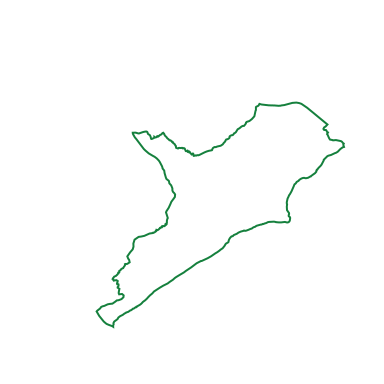 Xayabury, Xaignabouri, Laos (Equal Earth projection), rotated 52°
{"feature_id": "54806243B33263536107657", "entity_name": "Xayabury", "entity_type": "district", "adm_level": 2, "iso_a3": "LAO", "parent_name": "Laos", "parent_adm1": "Xaignabouri", "projection": "equal_earth", "projection_center": [101.662, 19.251], "detail": "fine", "context": "isolated", "style": "outline", "palette": "green", "viewbox_px": 384, "rotation_deg": 52, "n_neighbors": 0, "source": "geoboundaries", "source_scale": "gbopen_adm2", "svg_char_len": 6048}
<svg xmlns="http://www.w3.org/2000/svg" viewBox="0 0 384 384"><g transform="rotate(52 192 192)"><path d="M222.2,43.7L196.5,49.4L189.9,51.5L187.9,52.8L185.8,54.7L183.6,58.0L180.3,65.8L178.9,68.1L178.5,69.1L177.3,70.8L174.7,73.6L171.0,78.1L165.8,83.4L164.1,84.6L164.8,86.2L164.8,87.0L164.4,88.8L164.5,89.4L166.8,91.2L167.1,91.9L170.7,96.2L170.9,97.1L171.4,99.9L171.4,103.1L170.4,105.8L170.6,106.8L171.0,107.1L171.5,108.3L171.9,110.4L171.7,110.7L171.2,111.3L170.9,112.7L171.0,115.4L170.7,117.4L171.9,120.7L171.9,121.9L171.7,123.0L172.1,123.7L172.2,124.3L172.2,125.0L171.7,125.7L171.5,126.3L171.3,127.5L171.4,128.2L172.3,128.9L172.5,129.9L172.3,131.5L171.8,132.4L171.7,132.8L172.1,134.0L172.6,134.7L172.9,136.8L173.4,138.4L173.2,140.9L171.7,144.1L171.3,145.6L170.5,146.5L170.3,147.5L170.3,148.5L170.9,149.9L171.3,150.3L171.3,150.7L169.9,153.4L169.1,155.5L168.5,157.7L167.5,162.6L167.1,164.2L166.2,165.2L165.8,166.5L165.0,167.0L164.8,168.2L164.6,168.4L163.7,168.0L162.9,168.4L162.4,167.5L162.2,167.6L162.1,169.2L161.2,169.2L160.7,169.3L159.8,169.2L159.3,169.7L159.0,169.5L158.6,168.4L158.5,169.5L157.9,170.6L157.7,170.6L157.3,169.9L156.7,170.0L156.7,170.8L156.1,171.6L155.9,171.7L153.3,171.0L152.7,171.2L152.3,171.5L152.2,172.2L152.0,172.4L151.4,172.4L151.0,172.7L150.7,173.5L149.3,175.0L149.1,175.4L149.2,176.0L149.0,176.3L147.5,177.3L146.4,176.8L145.9,176.4L145.0,176.5L144.5,176.3L143.5,176.2L142.0,176.7L141.8,176.5L140.8,176.4L140.4,176.9L139.6,176.7L139.0,177.0L138.1,177.1L137.4,177.9L135.9,178.0L134.5,178.4L133.1,178.3L131.0,178.6L129.1,178.3L128.9,178.1L128.4,178.2L127.6,178.2L127.4,179.0L127.7,180.3L127.7,181.1L127.4,181.9L127.5,183.9L126.9,184.4L126.9,184.6L127.3,185.0L127.1,185.3L126.7,185.4L126.9,186.1L126.7,187.0L126.4,187.4L125.3,187.7L126.0,188.3L126.0,188.8L125.5,190.9L125.2,191.4L124.7,191.4L123.2,190.7L121.4,190.2L119.2,190.9L117.2,190.3L116.5,190.5L116.0,191.0L115.2,192.4L114.6,193.7L113.2,197.8L112.6,198.4L110.6,199.8L108.8,202.2L109.4,202.6L110.4,202.9L113.8,203.4L115.7,203.3L128.4,203.5L130.6,203.2L135.0,202.3L139.4,200.6L141.2,199.8L143.8,199.1L146.8,198.8L148.4,198.9L153.3,199.8L154.4,200.2L155.4,200.7L158.0,200.7L160.3,202.0L164.8,203.8L166.1,204.1L168.9,203.4L170.0,203.8L170.9,204.4L171.6,204.5L173.9,204.3L177.0,205.2L178.9,206.6L180.5,206.9L181.8,206.7L183.5,206.8L185.4,208.6L187.0,214.3L188.3,216.6L190.1,220.1L191.4,223.9L192.0,225.0L197.6,227.1L198.2,228.3L199.3,229.6L200.9,230.8L200.9,231.4L201.2,231.7L201.0,232.2L201.0,232.4L201.8,232.1L201.9,232.4L201.8,233.5L202.0,234.6L201.5,234.9L201.3,235.6L201.0,235.8L201.2,236.9L200.6,236.9L200.9,238.5L200.7,238.7L200.6,239.1L200.8,239.2L200.6,239.5L200.9,240.2L200.9,241.0L201.0,241.6L200.9,242.3L200.6,242.8L199.9,243.3L200.3,243.8L200.3,244.3L200.8,244.4L200.7,246.6L200.1,247.7L200.3,248.0L198.6,251.0L197.2,256.6L195.8,259.5L194.5,261.7L194.2,266.6L196.5,269.9L199.1,271.8L200.7,274.1L201.4,277.7L202.9,282.6L205.2,283.3L206.7,283.3L209.0,284.4L208.8,287.2L208.2,288.3L207.6,288.9L207.6,289.2L208.1,289.3L208.7,290.4L208.9,291.4L209.6,293.1L209.4,293.4L209.2,295.2L209.3,295.8L209.6,296.5L209.4,297.7L209.4,297.9L209.7,298.2L210.4,298.6L210.4,299.0L210.2,299.6L210.7,299.7L210.9,300.0L210.8,300.7L210.9,301.1L211.2,301.8L211.1,302.2L211.3,303.5L210.8,305.5L211.0,305.9L211.3,307.3L211.7,308.1L212.4,307.8L212.9,308.2L213.7,308.2L214.2,307.0L215.1,305.7L216.2,305.6L216.4,305.4L216.9,305.8L217.5,306.9L218.1,307.6L218.6,307.7L219.4,306.8L220.1,307.1L220.9,308.0L221.1,309.0L221.6,309.5L223.6,308.8L225.3,310.8L226.5,312.0L227.8,312.4L229.3,309.9L231.4,309.5L232.7,310.8L233.0,313.5L232.1,316.4L231.1,318.1L231.2,319.5L231.0,323.4L229.5,325.8L228.6,327.6L227.8,331.1L226.9,333.2L226.7,334.7L227.2,336.0L227.2,339.7L227.4,340.7L232.5,341.4L239.7,341.3L242.3,340.8L243.4,340.5L245.6,339.3L248.3,337.6L249.7,337.1L248.7,336.4L247.9,335.1L247.0,334.7L246.3,333.3L246.2,332.7L246.3,330.7L246.3,328.8L245.6,327.4L245.6,325.0L246.0,323.2L246.2,322.2L246.2,320.1L246.5,318.6L246.4,318.2L247.2,316.0L247.3,313.6L247.6,313.0L247.7,311.7L247.6,310.3L247.9,309.9L248.1,309.0L248.0,308.4L248.2,307.1L248.1,306.6L248.2,306.2L248.4,306.2L248.3,305.9L248.8,302.5L248.8,300.6L248.4,298.3L248.5,295.5L248.2,292.5L248.0,292.0L247.7,289.6L247.6,289.2L247.5,285.7L247.0,283.2L247.6,276.2L248.1,272.3L249.1,267.4L249.1,265.0L249.4,261.1L249.2,258.4L249.3,256.7L249.7,253.2L250.4,247.9L250.4,245.5L250.9,239.1L251.0,232.2L251.8,228.0L251.9,227.4L252.3,226.9L253.8,220.5L254.4,216.6L254.7,211.4L255.0,209.1L255.1,206.1L255.0,205.3L255.2,202.5L254.5,199.5L253.7,197.6L253.6,196.8L253.9,194.9L253.9,194.2L252.6,192.6L251.8,190.9L251.5,189.7L251.3,188.2L251.9,187.1L251.7,185.9L251.7,185.4L252.5,182.5L252.6,180.4L253.2,178.0L254.4,175.1L254.4,174.7L255.3,174.1L255.9,172.9L256.7,170.3L257.1,168.6L257.6,167.5L257.6,166.1L257.7,165.2L258.3,163.5L258.3,162.1L260.0,157.9L260.5,157.2L260.7,156.0L261.0,155.8L261.3,155.1L261.4,154.4L262.1,152.8L262.5,150.7L263.1,149.6L265.6,146.0L266.4,145.1L267.6,144.3L267.9,143.8L268.1,143.7L269.5,142.2L270.7,140.7L272.8,137.2L274.4,136.0L274.8,135.5L275.2,134.6L275.2,133.6L274.8,132.6L272.9,130.6L271.7,130.3L270.8,130.7L270.5,130.6L269.8,130.1L269.1,129.0L268.3,128.5L264.8,128.3L261.9,126.3L260.2,124.6L259.8,124.6L258.4,123.6L256.0,120.7L255.0,118.6L254.4,117.7L254.0,116.2L252.7,113.1L250.0,108.1L249.1,106.6L249.1,105.0L248.5,103.3L248.8,101.2L248.5,99.9L248.7,97.8L249.1,96.3L249.8,95.0L251.0,94.1L251.6,93.2L252.3,91.6L252.6,89.3L252.8,89.0L252.9,88.7L252.7,88.2L252.9,83.2L252.6,82.3L252.6,81.7L252.2,81.2L251.7,80.8L251.3,79.9L251.3,79.6L251.5,79.5L250.9,77.5L250.6,74.8L250.2,73.1L248.2,68.7L247.7,68.3L247.2,63.9L247.1,63.3L247.4,62.0L248.4,59.7L249.3,55.7L249.8,54.2L250.0,52.4L249.5,48.8L249.5,47.5L249.6,45.6L250.1,44.5L247.9,43.7L247.3,42.6L246.3,42.9L244.8,42.9L244.0,43.1L242.9,43.9L239.7,46.6L238.1,49.1L237.7,49.2L235.6,51.0L233.9,50.8L230.3,49.9L229.5,49.9L228.8,48.2L228.0,48.6L226.6,48.3L225.6,48.3L225.0,49.1L224.3,49.7L223.2,49.6L222.5,48.2L222.6,46.2L222.2,43.7Z" fill="none" stroke="#15803d" stroke-width="2"/></g></svg>